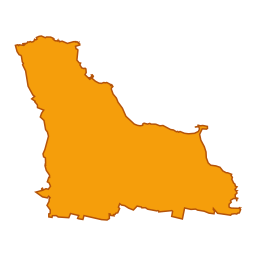 Balbriggan Lea-5, Fingal, Ireland
{"feature_id": "5873133B84981347333265", "entity_name": "Balbriggan Lea-5", "entity_type": "district", "adm_level": 2, "iso_a3": "IRL", "parent_name": "Ireland", "parent_adm1": "Fingal", "projection": "robinson", "projection_center": [-6.161, 53.585], "detail": "fine", "context": "isolated", "style": "filled", "palette": "amber", "viewbox_px": 256, "rotation_deg": 0, "n_neighbors": 0, "source": "geoboundaries", "source_scale": "gbopen_adm2", "svg_char_len": 3364}
<svg xmlns="http://www.w3.org/2000/svg" viewBox="0 0 256 256"><path d="M15.4,45.4L17.1,51.6L19.1,54.7L20.9,55.4L21.4,56.2L22.3,61.9L23.4,63.5L22.6,64.7L25.6,70.9L28.1,86.2L32.9,95.0L34.6,96.4L31.7,98.9L35.1,101.2L34.8,101.8L37.4,104.9L37.5,107.6L43.7,110.1L41.6,113.2L40.3,117.0L44.0,120.5L45.6,129.6L47.4,132.0L48.5,136.2L44.9,149.5L43.0,153.9L43.6,156.8L45.4,157.9L45.6,163.2L45.1,164.2L45.7,165.1L45.0,165.7L46.3,170.4L49.5,175.1L49.6,177.4L48.8,177.4L47.3,181.8L49.1,182.9L50.5,186.2L48.3,189.3L46.0,188.7L43.2,190.0L42.5,188.2L41.9,188.5L42.5,189.3L41.7,189.7L42.0,190.4L35.8,192.1L42.5,196.9L47.4,197.9L48.7,196.2L50.1,197.7L49.2,198.8L49.1,201.3L47.0,205.4L50.3,210.0L50.1,213.6L48.8,213.9L48.8,216.9L52.0,217.4L52.4,215.7L56.3,215.6L58.2,217.0L68.8,217.7L70.5,213.5L78.7,215.5L77.6,218.4L78.8,218.8L82.9,219.5L84.0,215.6L101.5,219.6L107.1,220.0L109.4,218.5L109.2,213.8L110.2,214.0L110.5,215.4L114.0,215.8L113.6,214.6L114.9,214.5L115.9,213.2L117.7,212.8L119.6,208.5L118.4,207.2L119.7,203.7L121.4,205.0L124.6,205.6L128.8,208.2L133.4,210.0L137.1,206.1L141.4,207.0L141.8,207.8L145.5,207.7L147.7,209.2L156.8,210.9L157.9,210.6L158.7,211.0L158.8,211.9L171.8,210.6L172.6,211.3L171.7,216.4L182.4,219.0L184.6,208.0L190.9,209.4L195.6,209.1L197.6,210.1L204.2,211.2L208.9,213.1L214.0,213.8L214.6,211.0L213.3,209.5L213.4,208.5L217.6,213.3L230.6,215.2L231.8,214.1L234.8,213.7L236.8,214.0L237.6,213.2L239.3,212.9L240.6,209.6L239.7,208.7L240.2,208.1L239.4,208.2L239.4,207.8L238.4,208.3L231.3,208.1L229.3,207.3L229.0,206.3L229.1,204.2L231.2,202.2L230.5,200.7L231.1,199.9L233.8,198.4L236.7,198.9L236.7,201.3L236.9,198.8L238.3,198.4L235.6,197.8L235.3,196.8L235.2,194.7L237.0,193.1L236.3,191.1L236.9,190.7L235.6,190.4L235.0,189.3L237.0,186.8L235.4,186.2L234.9,184.1L233.6,183.0L231.8,179.2L232.4,177.4L231.1,175.5L231.6,174.3L227.7,172.8L226.1,172.7L222.8,170.9L220.0,167.3L215.9,165.9L210.7,165.2L208.2,162.9L206.3,157.8L206.0,152.0L204.3,146.7L200.8,140.1L199.6,134.3L202.2,128.9L206.5,129.1L207.5,128.4L207.4,126.4L202.8,125.5L200.4,125.8L198.1,125.2L197.8,126.5L194.8,127.1L198.3,126.7L198.9,127.1L199.5,129.1L198.3,131.5L194.5,133.3L188.6,133.8L184.5,133.3L180.0,131.5L178.6,132.2L177.7,131.4L176.4,131.8L173.5,130.0L170.5,129.5L163.0,125.5L159.8,125.8L155.8,124.2L150.9,124.1L149.8,123.4L147.5,124.1L144.1,123.2L143.0,123.7L142.6,125.3L140.3,125.8L137.6,125.4L134.3,124.1L125.9,116.3L122.4,108.2L118.0,102.2L116.4,98.1L113.1,94.1L111.3,89.1L111.4,88.1L112.9,86.5L111.9,85.0L111.5,85.7L110.6,85.5L110.8,84.6L106.7,82.5L105.2,82.9L103.9,82.5L101.5,83.4L98.9,83.1L95.5,81.3L92.1,78.4L93.3,76.2L92.2,74.8L91.6,75.0L93.1,76.1L91.9,77.8L89.8,79.3L89.0,78.6L92.1,77.1L91.4,76.9L91.9,75.6L91.1,77.1L89.5,77.9L87.9,77.5L85.0,74.7L86.2,72.5L85.9,68.9L85.0,68.2L84.0,68.6L81.7,67.9L79.9,64.9L80.6,63.1L79.1,62.8L76.9,60.1L77.9,50.3L77.7,49.5L76.0,48.7L75.5,46.3L79.8,45.0L79.7,43.9L78.6,43.4L78.8,42.4L78.1,42.7L77.1,41.8L76.0,42.1L75.8,41.6L73.5,41.7L67.4,43.4L62.2,41.2L59.4,41.7L58.9,40.6L58.0,40.9L57.9,40.2L57.4,40.9L55.3,40.8L54.1,40.1L53.9,38.9L53.2,39.1L53.1,38.2L50.7,37.1L46.5,37.0L45.3,37.7L41.3,36.0L38.9,36.4L38.8,36.5L36.4,37.5L37.0,39.1L35.8,39.9L34.6,39.3L34.2,40.7L33.1,41.7L31.5,42.1L30.2,41.5L29.1,42.1L27.8,41.9L26.8,43.3L22.9,43.7L23.0,44.4L24.6,44.6L23.8,45.4L19.1,44.8L18.7,45.6L17.5,44.8L15.4,45.4Z" fill="#f59e0b" stroke="#b45309" stroke-width="1.5"/></svg>